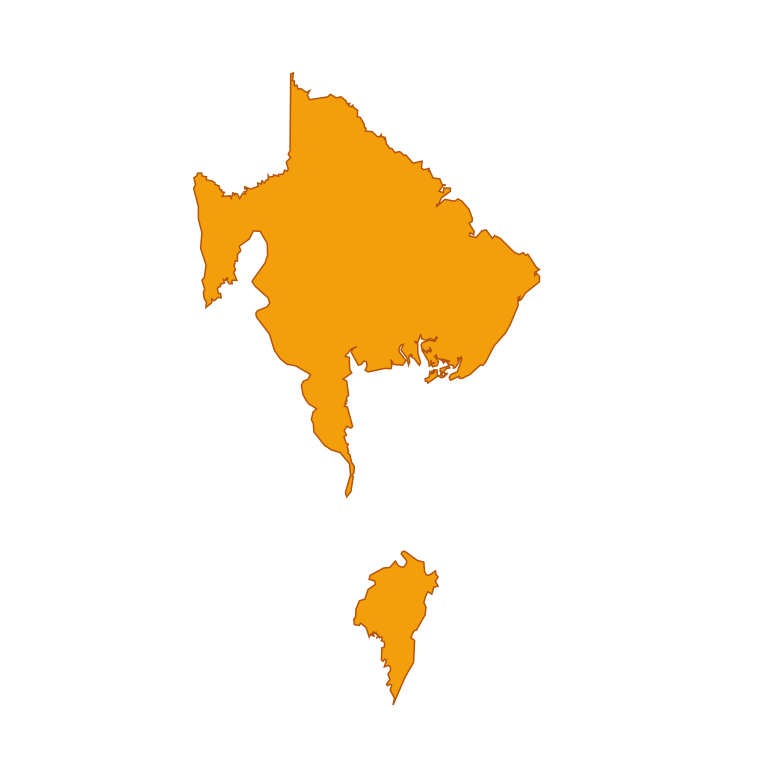 Tumaco, Nariño, Colombia, rotated 173°
{"feature_id": "7082276B11470740818947", "entity_name": "Tumaco", "entity_type": "district", "adm_level": 2, "iso_a3": "COL", "parent_name": "Colombia", "parent_adm1": "Nariño", "projection": "robinson", "projection_center": [-78.664, 1.822], "detail": "fine", "context": "isolated", "style": "filled", "palette": "amber", "viewbox_px": 768, "rotation_deg": 173, "n_neighbors": 0, "source": "geoboundaries", "source_scale": "gbopen_adm2", "svg_char_len": 6160}
<svg xmlns="http://www.w3.org/2000/svg" viewBox="0 0 768 768"><g transform="rotate(173 384 384)"><path d="M551.5,481.7L545.0,485.7L544.7,489.5L542.5,487.2L538.2,490.2L535.1,489.4L535.2,493.8L537.0,494.1L537.9,497.7L537.0,500.2L534.4,500.6L534.0,503.0L530.1,503.7L530.6,507.2L529.2,506.1L527.1,508.4L526.1,507.7L527.4,506.2L525.5,502.4L522.3,502.0L522.8,504.5L521.4,505.4L517.4,504.8L519.7,513.2L517.5,515.2L518.3,519.4L516.4,524.5L514.5,523.8L513.7,530.5L510.0,533.6L510.9,538.4L500.1,544.3L494.9,551.9L488.2,550.5L482.8,537.8L483.8,526.3L487.2,518.8L502.5,502.0L500.1,496.9L488.5,483.6L487.6,478.2L490.7,474.7L500.6,472.2L502.6,469.7L502.4,465.9L491.6,447.5L488.7,430.8L484.0,421.9L478.0,415.5L469.4,412.8L455.8,402.4L458.8,397.9L463.6,396.7L466.2,392.6L465.6,383.1L463.4,377.5L460.9,373.2L454.0,367.8L458.0,364.5L460.4,357.4L459.0,353.4L459.4,345.0L450.7,330.6L444.5,325.1L435.9,321.3L428.0,309.1L428.3,298.0L435.5,280.8L434.8,276.5L430.0,281.2L425.8,295.8L426.9,297.3L424.6,299.7L423.6,306.0L425.7,310.3L426.5,318.0L428.4,320.0L427.3,321.7L428.2,326.3L426.7,328.6L428.8,329.8L430.1,336.5L427.4,338.0L429.2,342.4L426.0,346.5L422.6,344.3L420.3,345.5L423.2,365.7L426.0,366.7L423.8,369.2L425.0,369.6L423.7,372.4L423.0,371.5L422.8,375.4L420.5,376.9L420.7,391.6L424.2,393.8L414.6,398.9L416.3,402.5L415.3,414.6L419.2,416.2L412.3,422.7L406.3,424.6L411.4,422.2L412.6,419.5L407.2,405.8L404.4,406.1L401.1,409.2L398.7,408.2L398.6,404.0L401.1,400.1L398.3,397.9L381.2,399.4L375.2,398.3L373.9,401.8L374.3,407.5L372.0,402.2L363.2,400.4L359.4,404.5L365.1,414.3L364.8,417.2L362.7,420.5L360.0,421.0L363.0,415.6L358.1,407.3L357.4,399.7L355.7,402.8L356.3,407.8L354.3,410.1L351.9,408.8L353.9,408.9L353.8,407.6L350.9,405.7L346.7,398.2L345.2,400.6L346.6,410.8L345.7,419.7L347.4,421.0L347.9,422.3L345.5,421.1L341.4,429.0L341.3,424.3L337.1,422.4L332.1,423.5L328.5,421.2L326.4,424.4L325.5,423.7L328.4,420.1L333.4,422.0L340.9,420.4L342.5,418.0L342.1,415.0L337.5,410.0L336.7,412.0L334.8,411.5L333.7,410.6L333.2,412.2L334.1,412.1L334.4,412.5L334.5,414.9L333.0,412.2L333.3,410.7L333.9,410.2L336.7,411.6L337.3,409.5L342.5,413.7L336.9,400.9L336.9,396.2L334.9,396.9L334.6,402.2L334.1,398.8L330.5,399.1L334.0,398.0L333.7,395.2L329.1,395.8L327.1,399.7L330.5,405.1L328.4,406.4L328.3,403.5L323.2,400.0L322.4,397.5L320.3,399.2L324.2,402.2L315.7,398.4L319.2,398.2L317.4,395.7L318.2,393.8L326.3,392.4L326.7,389.7L325.5,389.3L327.3,385.1L330.1,386.2L329.6,391.5L332.8,391.8L332.1,389.9L332.8,389.7L333.2,391.5L334.7,390.1L335.1,391.6L335.4,389.9L333.5,389.5L333.3,388.7L335.5,388.2L337.0,390.5L338.2,385.5L342.6,384.0L342.6,381.8L340.9,381.6L340.4,379.5L329.4,385.6L326.3,383.1L323.0,384.1L319.3,387.1L320.5,386.4L322.7,387.9L323.7,387.8L322.4,387.4L322.7,385.0L324.6,384.3L325.5,387.3L320.1,391.7L316.7,392.0L317.8,394.5L314.8,395.0L312.8,393.6L313.2,391.2L311.2,391.6L307.3,396.3L307.9,401.0L306.4,400.9L306.0,398.5L304.2,401.5L303.5,399.7L309.7,387.2L316.3,385.3L318.5,382.5L317.5,379.6L308.6,382.5L308.6,380.5L305.7,380.0L297.4,383.0L285.9,391.2L283.7,390.4L280.6,393.2L269.8,408.7L256.8,420.2L251.2,428.1L241.3,445.6L240.7,453.2L238.4,454.4L239.8,450.2L237.5,451.1L232.3,457.2L217.3,466.5L216.5,471.5L219.0,475.4L221.0,473.4L221.0,476.2L215.8,478.7L218.7,481.5L225.5,495.4L227.8,494.2L229.7,497.4L234.0,496.1L238.7,498.8L250.9,514.4L256.1,517.8L258.7,515.3L263.8,524.5L268.0,524.2L274.8,518.2L281.2,520.6L280.1,523.6L276.8,521.2L275.9,524.5L280.0,533.1L276.6,534.7L276.2,537.9L278.3,546.9L284.4,556.0L288.1,558.7L291.4,556.8L301.1,559.8L310.0,553.8L310.0,555.7L308.1,555.8L304.2,561.9L294.8,567.1L294.2,570.3L300.7,571.3L301.8,566.7L305.9,568.6L301.3,573.7L298.5,573.9L302.1,575.1L303.6,580.7L310.3,582.7L312.6,590.3L313.8,589.8L313.0,592.4L318.4,591.8L320.5,593.7L319.0,600.5L328.3,599.7L334.6,608.8L336.1,608.4L340.1,612.8L345.0,612.3L347.3,616.5L349.7,617.4L352.3,622.1L352.8,628.1L353.7,627.1L354.0,629.1L356.2,629.7L356.3,631.9L358.4,629.9L360.6,630.5L365.2,636.0L371.5,637.3L370.7,640.1L372.0,640.9L372.1,644.5L375.0,651.5L378.0,652.7L376.8,658.7L381.4,663.3L380.5,665.0L382.7,663.2L385.3,664.7L383.9,666.6L386.4,666.6L387.2,669.7L391.7,674.3L396.6,673.8L401.8,678.1L405.0,675.8L423.3,675.3L424.8,680.2L422.0,684.2L425.5,682.9L430.6,687.4L433.4,687.0L434.1,691.3L436.6,691.0L436.0,695.6L437.9,696.1L436.0,703.8L438.8,703.2L448.8,627.0L451.1,623.8L449.2,620.0L454.0,616.2L452.8,609.1L454.2,607.0L456.6,608.4L458.5,604.6L463.2,604.9L463.3,603.0L468.2,605.1L468.3,603.4L472.7,603.3L473.4,605.1L474.1,600.7L476.1,600.8L478.1,598.2L480.4,600.6L481.3,597.4L484.8,598.9L484.8,595.6L492.5,593.7L498.2,596.7L498.4,594.8L496.2,593.8L497.2,591.9L499.3,591.9L498.4,589.6L500.9,590.6L504.6,585.8L506.4,590.4L508.2,591.2L509.5,588.9L508.9,591.0L510.7,592.2L512.9,587.0L513.9,589.6L521.6,589.9L519.1,593.7L522.0,594.6L521.4,596.3L523.2,597.1L523.6,600.8L527.5,602.7L527.3,604.4L530.2,606.6L535.5,608.3L534.8,611.2L539.0,612.6L539.3,615.7L543.4,615.9L544.4,613.4L547.6,611.9L546.8,604.9L549.1,601.5L546.6,582.9L548.1,570.7L546.3,556.2L549.5,541.2L546.1,523.6L549.4,511.6L552.0,509.2L550.4,500.0L552.2,496.7L551.9,490.2L550.3,487.4L551.5,481.7ZM415.2,79.5L411.9,70.8L414.2,64.2L398.7,90.7L388.6,104.0L384.9,125.6L388.2,129.1L384.7,135.1L381.7,135.9L371.4,149.8L369.5,157.3L371.1,162.2L368.9,167.6L366.0,172.5L362.2,169.6L359.3,176.3L355.0,176.7L357.1,182.1L353.8,185.8L355.6,188.4L355.7,192.2L362.7,188.6L365.3,189.5L366.6,192.7L366.2,202.3L372.5,204.9L383.9,215.5L386.4,215.3L387.6,213.1L383.2,206.2L383.4,203.4L387.1,199.5L391.9,201.7L394.3,206.9L400.6,201.2L406.8,201.4L421.1,195.8L422.6,191.9L417.1,189.5L416.9,186.2L424.9,181.9L429.2,172.8L434.7,171.9L439.4,163.7L440.5,156.4L442.8,154.0L442.7,148.7L438.0,147.4L436.3,149.5L431.5,144.5L429.5,134.6L428.0,137.1L424.3,134.5L426.1,138.0L424.6,139.3L424.3,137.4L422.1,138.4L422.1,136.4L420.5,136.1L421.8,133.1L419.9,134.2L419.4,132.6L417.5,133.4L416.5,132.1L418.0,129.5L415.3,128.2L415.1,125.4L416.0,122.5L418.2,122.5L420.2,110.6L419.0,108.9L416.7,110.7L415.2,109.6L418.2,103.2L413.6,104.1L412.2,102.4L412.4,99.0L415.5,95.6L414.1,90.2L418.1,85.6L417.2,84.2L414.6,85.3L413.0,84.2L415.2,79.5Z" fill="#f59e0b" stroke="#b45309" stroke-width="1.5"/></g></svg>